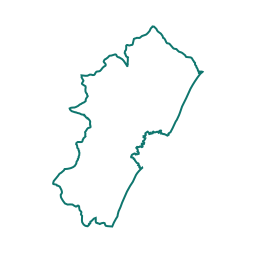 Padang Pariaman, Sumatera Barat, Indonesia (orthographic projection), rotated 251°
{"feature_id": "22746128B3683779023382", "entity_name": "Padang Pariaman", "entity_type": "district", "adm_level": 2, "iso_a3": "IDN", "parent_name": "Indonesia", "parent_adm1": "Sumatera Barat", "projection": "orthographic", "projection_center": [100.243, -0.567], "detail": "fine", "context": "isolated", "style": "outline", "palette": "teal", "viewbox_px": 256, "rotation_deg": 251, "n_neighbors": 0, "source": "geoboundaries", "source_scale": "gbopen_adm2", "svg_char_len": 5808}
<svg xmlns="http://www.w3.org/2000/svg" viewBox="0 0 256 256"><g transform="rotate(251 128 128)"><path d="M42.0,76.4L40.0,81.0L43.2,83.9L46.1,87.1L47.6,89.0L48.1,89.4L49.6,90.2L52.2,91.9L55.6,95.1L59.4,98.2L68.2,106.3L72.5,111.1L75.6,115.1L81.0,120.3L82.3,122.0L83.6,124.1L84.8,126.4L85.7,128.5L85.8,128.5L85.6,128.1L85.7,127.0L85.9,126.6L86.4,126.2L87.1,125.9L87.8,126.1L87.8,126.5L88.3,126.5L88.9,126.2L89.5,125.5L90.2,126.3L90.9,126.3L91.3,126.1L91.8,125.3L92.1,125.0L95.2,124.0L96.3,124.0L96.6,123.5L96.9,123.3L97.4,123.5L97.7,123.4L97.8,123.2L98.5,122.9L99.0,121.8L99.2,121.5L99.6,121.5L100.0,121.7L100.5,122.3L101.1,122.7L101.5,123.5L101.8,125.8L101.4,126.4L100.6,126.5L100.4,126.6L100.4,126.8L100.6,127.6L100.3,127.8L100.1,128.3L100.1,129.7L100.9,130.0L101.5,129.8L101.6,130.0L101.9,129.9L102.4,129.3L102.6,129.2L103.2,129.9L104.8,130.1L105.1,130.1L105.6,129.7L106.3,129.4L106.6,129.4L107.2,130.4L107.0,130.9L106.8,131.1L106.4,132.5L106.7,133.3L106.6,133.7L105.5,134.6L105.4,135.1L105.6,135.7L106.3,136.0L107.9,135.6L108.6,135.9L107.7,137.8L108.7,138.5L109.4,138.2L109.9,137.8L110.3,137.7L110.7,137.9L110.8,138.7L110.9,139.0L111.9,140.4L112.3,140.8L112.6,140.7L112.8,141.0L114.1,139.7L114.5,140.0L115.2,140.0L115.2,140.5L114.9,141.6L115.5,141.9L115.7,142.6L115.9,142.6L116.8,142.5L117.4,142.8L117.7,143.8L118.2,145.3L118.1,145.5L117.6,145.6L116.3,146.2L115.7,146.3L115.3,146.2L115.2,146.5L115.6,147.1L116.2,146.8L116.3,147.0L116.2,147.8L115.6,147.5L115.2,147.7L115.0,148.7L115.1,149.2L115.0,149.7L115.1,149.8L116.0,150.3L116.3,150.5L116.3,150.8L115.3,151.5L115.0,152.6L115.0,154.1L114.6,154.7L114.7,155.3L114.3,155.6L114.0,155.6L113.6,155.4L113.4,155.5L113.5,155.9L114.4,156.3L115.0,157.1L115.1,157.4L114.9,158.3L114.7,158.4L113.9,157.8L112.6,157.8L112.0,157.5L111.5,158.7L111.2,158.9L111.0,159.0L110.7,159.4L110.6,160.1L109.0,161.9L108.5,162.2L108.3,162.8L108.0,163.0L108.3,163.6L108.3,164.0L108.4,164.3L109.4,164.3L109.6,164.6L109.9,165.4L110.1,166.7L113.3,170.1L118.7,175.3L119.7,176.7L123.4,180.3L125.8,182.3L130.7,186.1L137.3,192.8L144.8,199.9L147.7,203.2L150.3,206.4L153.3,210.4L155.5,213.7L156.5,215.7L156.5,216.4L156.8,216.8L157.2,216.3L157.7,215.2L157.5,214.4L156.7,213.6L156.7,213.2L156.9,212.9L157.4,213.0L158.0,213.6L158.5,213.6L159.0,213.0L159.4,212.8L160.7,213.0L161.7,212.9L162.4,212.8L162.9,212.5L164.5,212.7L165.0,212.4L166.0,212.1L166.8,212.2L167.6,212.6L168.1,212.5L168.8,212.0L169.9,211.9L170.6,211.6L173.2,211.1L174.3,210.3L176.1,206.4L176.6,205.9L178.0,205.8L181.2,203.8L182.0,203.1L183.6,201.0L185.3,200.1L186.8,199.5L188.0,197.4L188.6,196.8L193.9,194.7L194.5,194.2L195.5,192.5L196.6,192.1L199.0,191.9L200.8,191.5L201.7,190.8L201.9,190.5L202.6,190.6L203.9,190.6L206.5,189.8L209.3,187.8L210.6,187.3L212.4,187.1L214.2,186.2L215.4,185.6L216.0,184.3L215.5,183.9L215.5,183.3L214.6,181.8L212.7,180.0L211.3,177.6L210.5,175.8L210.4,174.3L210.4,171.2L209.4,168.4L209.6,167.7L210.4,165.6L210.3,164.4L210.4,163.4L210.3,162.6L205.7,159.7L205.3,159.2L205.3,158.5L205.5,157.5L205.5,156.4L205.8,155.7L206.6,154.6L206.8,154.0L206.5,153.2L206.2,153.0L204.3,152.4L202.6,151.6L201.6,150.2L200.0,149.3L199.3,149.3L198.7,149.7L197.8,149.5L196.8,149.7L196.3,149.6L195.7,150.0L195.0,150.9L194.7,151.0L193.9,150.4L192.6,150.1L190.9,149.4L190.4,149.1L190.0,149.0L189.3,148.6L188.9,148.7L188.2,148.5L187.9,148.3L187.6,147.9L186.8,147.6L186.8,147.4L187.0,147.3L188.1,147.1L193.0,145.8L195.0,144.9L197.7,142.6L197.9,142.0L199.1,141.0L199.6,140.8L201.1,140.7L201.7,140.0L201.8,139.6L201.9,135.8L202.3,134.3L202.2,133.7L201.1,131.6L200.8,130.4L200.6,130.1L200.4,128.6L200.0,127.8L199.1,126.9L198.6,126.6L198.0,126.7L196.7,127.3L195.6,127.6L194.9,127.5L194.2,126.9L193.9,125.4L193.3,123.8L191.7,121.4L191.1,120.2L191.0,119.2L191.4,117.4L191.5,116.6L191.3,116.1L190.3,114.7L189.5,114.0L189.3,113.4L189.2,113.0L189.6,111.7L190.4,110.6L190.9,109.3L190.6,106.8L191.1,105.0L192.9,101.2L191.8,101.0L191.1,100.6L188.7,101.0L187.4,101.3L187.1,101.2L185.2,99.0L185.0,98.9L184.3,99.0L181.3,101.4L179.8,101.1L178.7,100.4L176.3,99.7L174.9,99.8L173.6,100.3L172.5,100.1L171.8,100.3L171.2,100.3L169.6,98.1L168.7,97.3L167.3,96.8L166.6,95.1L166.3,92.4L166.0,91.5L165.9,90.1L165.1,87.9L164.8,85.6L164.8,83.9L165.2,82.8L165.7,80.8L165.5,79.2L164.3,79.2L162.3,80.2L159.9,83.3L159.9,83.7L158.6,85.2L157.5,87.0L156.4,88.0L155.7,88.9L154.8,90.8L154.5,90.6L154.1,90.6L153.4,91.3L153.1,91.3L152.7,91.6L152.1,91.6L151.5,91.9L150.7,92.5L150.7,92.8L150.1,92.8L150.1,93.2L149.9,93.4L147.4,94.3L146.2,94.3L144.8,93.6L143.4,93.3L143.3,93.1L142.0,93.2L141.0,92.8L140.9,92.6L140.9,90.1L140.4,89.1L138.9,87.3L138.1,86.1L137.3,85.9L136.5,85.9L134.9,85.1L133.9,85.1L133.4,84.1L132.7,82.5L132.2,82.2L131.8,81.5L130.8,81.0L130.0,80.2L129.9,79.5L130.0,78.9L131.1,76.1L131.0,75.4L130.5,74.2L129.4,73.7L128.8,74.1L127.9,74.1L127.2,74.0L125.8,73.6L124.3,74.3L122.9,74.0L122.1,74.3L121.4,73.9L120.4,74.0L117.9,72.9L117.1,72.0L116.1,71.8L115.0,70.4L114.4,70.4L112.9,68.4L111.2,67.5L109.5,65.4L108.9,63.4L108.7,61.1L108.8,59.6L109.1,57.4L109.8,54.7L108.8,53.6L107.5,50.4L107.0,48.3L105.5,46.2L102.0,40.5L100.1,39.2L99.3,39.2L97.6,42.0L96.6,42.2L96.1,43.2L94.7,44.4L90.8,44.9L88.9,44.7L88.1,44.3L87.7,43.9L86.7,42.6L84.5,42.1L83.3,42.2L80.4,42.8L77.2,43.8L75.3,45.9L74.6,48.4L73.7,50.6L71.8,52.0L70.6,53.2L70.8,53.6L70.6,54.3L71.0,55.0L70.7,55.9L69.8,56.2L67.6,55.7L65.9,55.6L64.2,56.5L63.9,56.5L63.5,56.5L61.7,55.4L61.1,55.5L59.9,56.0L55.8,54.4L53.8,54.0L51.2,54.6L49.3,55.9L49.1,56.5L48.6,57.1L48.3,57.8L48.6,58.2L48.6,58.7L49.2,59.7L50.0,59.8L50.2,60.1L50.0,61.0L50.5,61.6L51.4,61.7L51.7,62.0L51.8,62.9L52.2,63.8L53.4,66.2L53.5,68.2L51.5,67.6L50.8,67.2L49.6,67.0L48.6,67.2L48.0,68.4L47.5,68.6L46.9,69.7L46.4,70.0L46.4,70.9L46.6,71.3L46.6,71.9L46.3,74.0L45.7,74.9L44.0,74.9L42.9,75.1L42.0,76.4Z" fill="none" stroke="#0f766e" stroke-width="2"/></g></svg>